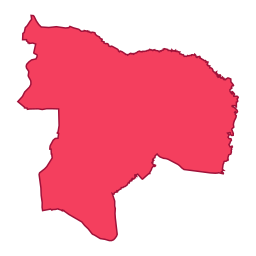 Phlapphla Chai, Buri Ram, Thailand (Mercator projection)
{"feature_id": "78962969B51110363980363", "entity_name": "Phlapphla Chai", "entity_type": "district", "adm_level": 2, "iso_a3": "THA", "parent_name": "Thailand", "parent_adm1": "Buri Ram", "projection": "mercator", "projection_center": [103.201, 14.722], "detail": "fine", "context": "isolated", "style": "filled", "palette": "rose", "viewbox_px": 256, "rotation_deg": 0, "n_neighbors": 0, "source": "geoboundaries", "source_scale": "gbopen_adm2", "svg_char_len": 5732}
<svg xmlns="http://www.w3.org/2000/svg" viewBox="0 0 256 256"><path d="M167.8,49.5L164.3,48.7L164.0,49.3L163.3,49.1L163.0,50.2L161.9,50.3L161.3,51.0L160.2,50.8L160.2,51.2L159.6,51.8L158.6,51.5L158.0,50.8L155.6,50.5L155.1,50.3L154.8,49.7L154.1,50.1L153.7,49.9L153.0,50.5L152.8,50.1L151.8,50.2L150.9,49.6L150.4,49.9L149.8,49.5L149.7,49.9L148.8,50.0L148.4,50.5L147.1,50.5L146.2,51.2L145.2,51.1L144.0,51.5L143.0,51.2L142.4,51.7L142.0,51.5L141.5,51.8L139.9,51.5L139.8,51.2L139.4,51.1L137.6,51.8L136.5,52.8L135.3,53.1L133.5,54.2L133.0,53.5L132.0,54.0L131.2,53.4L130.6,53.3L129.9,53.6L129.9,53.9L127.9,54.7L127.7,55.1L127.0,54.5L125.5,54.4L125.2,53.8L122.0,51.7L120.1,51.0L119.4,51.8L118.6,51.2L118.1,49.8L117.5,49.2L112.1,46.3L111.2,46.1L111.0,46.5L110.3,46.6L108.6,45.8L108.6,44.8L107.7,43.7L106.6,43.5L105.7,43.7L103.9,42.9L104.1,41.9L101.6,41.0L102.0,40.0L101.8,39.9L102.1,39.3L101.9,39.0L101.0,38.9L99.5,37.5L99.4,36.9L97.0,35.8L95.4,34.3L95.0,32.9L94.4,32.6L92.4,32.2L91.2,32.4L91.0,32.7L90.6,32.2L89.2,32.2L88.9,31.3L87.6,31.5L87.5,30.9L86.2,31.1L85.7,30.8L85.2,30.9L84.2,30.5L83.9,31.1L81.3,31.3L78.8,29.3L73.4,27.8L69.9,26.4L68.8,27.7L65.4,28.0L56.4,26.7L48.8,27.5L41.2,27.0L38.7,24.5L36.3,20.9L34.1,16.4L33.3,15.6L31.1,15.4L31.6,19.3L30.1,21.2L27.2,25.7L25.3,27.6L24.2,32.5L22.9,33.4L22.6,39.7L26.5,39.7L26.6,41.0L27.7,41.6L28.1,42.9L29.0,42.8L29.2,43.5L32.6,43.0L35.7,44.0L33.8,52.6L34.0,53.3L36.9,54.7L37.2,55.7L37.0,56.8L36.0,58.9L31.6,59.9L29.0,61.8L26.7,64.3L26.2,66.2L26.5,68.0L28.6,71.1L28.7,72.4L28.2,75.4L28.4,76.4L30.6,80.4L30.9,81.8L30.9,84.4L29.5,87.1L24.7,92.0L22.5,96.4L17.8,101.6L24.4,107.1L24.5,107.9L27.1,108.1L27.4,109.3L29.5,109.0L38.2,108.8L42.2,109.5L46.7,108.7L51.5,108.7L58.6,108.9L58.7,109.8L59.1,125.6L58.0,132.3L57.4,132.5L57.3,133.1L58.6,133.5L58.0,138.2L55.2,138.5L53.2,140.2L50.3,145.5L50.0,146.8L49.8,149.1L51.1,149.2L51.3,154.0L51.7,154.0L52.2,158.0L46.8,166.6L44.6,168.9L40.0,172.5L39.5,173.0L39.1,174.6L40.9,187.9L41.2,195.4L42.2,202.6L42.1,207.3L42.6,210.6L50.6,209.1L51.9,210.1L52.3,209.6L55.5,209.4L58.0,208.8L58.4,209.2L61.3,210.1L61.6,210.5L62.7,210.0L63.1,210.3L63.0,210.8L63.9,210.6L64.2,211.1L69.0,214.5L81.8,221.9L84.7,225.5L88.2,228.8L92.0,233.7L92.9,234.4L94.2,234.9L100.3,238.6L104.9,239.3L109.4,240.6L111.5,240.6L113.5,239.8L115.0,238.3L116.5,236.2L117.2,234.3L115.3,218.0L115.0,213.5L115.3,208.6L114.7,206.1L114.7,201.1L112.3,193.6L113.3,194.2L114.0,194.1L114.2,193.1L114.9,192.4L117.4,191.9L117.4,191.4L116.8,191.1L116.9,190.7L118.3,190.7L119.4,189.5L120.9,189.0L121.3,187.6L122.9,187.6L123.6,186.9L125.0,186.5L127.1,185.0L128.4,182.6L129.3,182.9L129.7,181.1L130.9,181.0L131.2,180.1L131.6,180.7L131.9,180.6L132.0,179.9L132.4,179.5L132.1,178.9L132.2,178.4L132.6,178.4L133.8,179.0L134.7,177.9L135.4,177.7L135.0,177.0L135.2,176.4L135.8,176.0L136.7,176.3L136.5,175.5L134.9,175.5L135.0,174.8L136.3,174.9L137.7,174.1L141.8,178.8L142.6,179.1L148.8,173.6L149.8,173.6L149.9,173.3L149.6,172.8L151.4,169.6L151.7,168.3L153.4,166.1L154.7,166.5L155.5,165.8L155.5,165.3L153.3,164.5L152.5,163.5L152.7,162.8L152.1,163.0L151.9,162.5L153.1,161.0L152.8,160.0L153.6,160.1L153.1,158.9L154.4,157.7L154.9,157.6L155.1,155.9L157.1,154.0L158.3,155.5L160.0,156.9L163.5,158.3L166.1,158.6L168.2,159.3L177.9,164.4L179.4,165.5L181.9,168.0L184.0,169.5L210.3,172.9L215.4,173.2L218.0,173.0L218.5,172.7L223.2,173.8L223.4,173.3L223.1,172.7L222.2,172.2L221.7,172.7L221.5,171.7L222.2,171.5L222.6,170.3L223.6,170.3L222.4,169.3L223.1,164.3L223.8,163.0L223.8,162.2L224.3,161.3L225.9,161.2L226.6,161.0L227.2,160.3L227.9,160.3L227.8,159.7L228.2,159.3L227.8,158.1L228.7,154.9L230.8,154.0L231.4,152.0L231.2,150.1L231.7,149.4L231.4,148.1L232.4,146.9L232.0,146.1L231.3,146.6L230.1,146.8L228.9,144.6L229.0,144.2L229.7,143.8L230.4,141.6L231.4,140.2L230.9,138.7L229.2,138.7L228.0,137.1L229.1,135.1L227.5,133.1L229.8,132.5L230.3,132.8L230.1,134.0L230.4,134.6L231.8,135.5L233.2,135.3L233.3,133.4L231.7,129.3L232.1,128.6L233.8,127.2L233.4,124.6L233.7,122.7L234.4,120.6L235.9,117.6L236.3,115.7L235.3,114.6L235.4,113.3L234.6,112.3L235.3,111.7L235.8,112.8L236.3,112.9L236.7,112.8L237.5,111.7L237.1,110.3L235.9,108.9L233.8,107.2L232.3,106.6L232.0,106.1L232.3,105.6L235.3,105.6L235.7,105.9L236.1,107.0L236.4,107.0L236.4,102.1L237.3,101.8L237.7,101.3L237.2,98.7L238.2,97.7L238.0,96.9L237.1,96.2L233.8,96.3L233.6,95.9L234.5,94.1L233.6,92.9L232.4,91.6L232.1,91.6L232.7,93.5L232.4,93.9L231.7,93.8L230.0,91.3L229.9,89.7L231.9,88.0L231.3,87.2L232.3,85.6L233.2,85.8L233.5,85.5L233.2,84.7L230.9,81.8L230.8,79.0L228.5,78.0L227.5,78.0L226.9,78.6L226.1,78.8L225.6,79.7L223.9,79.6L223.2,78.8L223.9,78.3L223.1,77.9L222.5,77.1L222.1,77.7L221.1,78.2L220.8,78.0L220.8,77.1L219.6,77.0L219.9,76.2L220.6,75.5L220.2,74.9L218.6,75.0L218.9,77.1L218.1,77.3L217.9,76.5L217.3,76.3L217.1,75.7L217.6,74.6L217.5,74.1L217.1,73.9L217.1,74.5L216.4,74.4L216.6,73.9L216.3,73.1L215.8,73.1L216.4,72.5L216.5,71.9L215.5,72.6L213.7,71.8L213.5,71.3L212.9,71.0L212.7,69.6L212.1,68.6L210.4,67.5L209.8,67.7L209.9,67.2L209.3,66.2L209.5,65.9L208.8,65.9L208.5,65.4L207.9,65.6L207.1,64.7L208.0,62.3L207.9,61.9L206.1,62.2L206.2,61.4L205.4,60.5L204.3,60.7L203.0,59.6L202.0,59.4L201.7,58.8L200.0,58.1L200.2,57.2L199.7,56.4L199.2,56.7L198.0,56.6L197.8,57.0L197.3,57.0L197.1,57.5L196.8,57.5L196.1,56.9L195.8,55.4L194.7,54.2L194.3,55.1L192.2,54.7L191.6,54.8L191.4,55.5L190.2,55.3L188.9,55.9L187.6,55.5L187.4,55.9L186.5,56.4L185.6,56.2L184.2,56.4L183.5,54.9L183.0,54.6L182.2,54.8L181.0,54.0L179.9,53.9L179.5,52.7L179.8,52.0L179.0,52.0L177.6,51.4L177.1,51.6L176.9,51.1L175.8,51.3L175.6,50.3L174.9,51.1L174.2,50.7L173.9,51.1L173.1,50.7L172.7,50.9L172.2,50.2L172.2,50.8L171.5,51.3L171.2,50.3L170.7,50.8L169.6,50.4L168.2,50.5L167.8,49.5Z" fill="#f43f5e" stroke="#9f1239" stroke-width="1.5"/></svg>